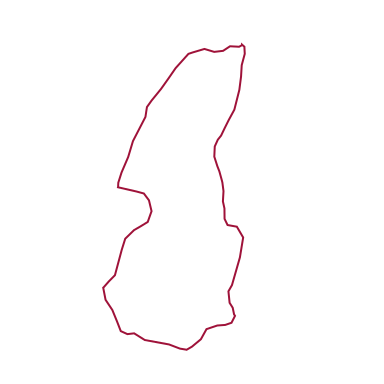 Ludvika, Dalarna, Sweden (Robinson projection), rotated 105°
{"feature_id": "70781695B24825049730842", "entity_name": "Ludvika", "entity_type": "district", "adm_level": 2, "iso_a3": "SWE", "parent_name": "Sweden", "parent_adm1": "Dalarna", "projection": "robinson", "projection_center": [14.755, 60.218], "detail": "fine", "context": "isolated", "style": "outline", "palette": "rose", "viewbox_px": 384, "rotation_deg": 105, "n_neighbors": 0, "source": "geoboundaries", "source_scale": "gbopen_adm2", "svg_char_len": 1157}
<svg xmlns="http://www.w3.org/2000/svg" viewBox="0 0 384 384"><g transform="rotate(105 192 192)"><path d="M36.8,181.7L37.1,181.6L39.5,184.1L41.4,193.0L47.6,198.5L50.9,206.8L50.6,217.0L57.1,227.6L59.5,231.2L76.6,239.9L88.1,244.0L100.5,248.6L114.1,254.7L121.6,257.5L125.4,257.1L131.5,256.4L158.1,262.2L174.7,262.7L191.4,265.1L202.1,265.6L206.2,264.7L206.6,264.7L205.9,245.8L205.9,238.1L211.2,231.4L221.0,226.1L232.4,227.0L238.5,232.8L243.8,238.1L254.4,244.4L265.8,244.9L279.4,244.9L292.3,244.9L299.9,249.2L306.8,252.6L307.4,253.0L318.5,247.6L326.6,238.4L336.6,230.8L344.8,224.8L346.0,217.6L343.5,211.3L347.2,199.3L345.2,174.7L346.4,163.1L345.8,157.1L345.8,156.4L341.4,152.0L331.9,145.3L320.7,142.5L314.4,133.0L311.8,125.5L308.1,120.0L300.5,118.4L299.3,119.7L293.3,122.7L289.3,127.0L278.5,131.1L271.6,129.3L242.8,128.8L222.7,130.8L213.9,139.7L214.7,149.1L209.5,153.6L199.5,156.4L193.1,159.7L183.0,161.8L175.0,165.1L173.0,166.2L165.0,170.9L160.5,174.2L152.1,179.6L142.1,181.8L134.8,180.6L130.0,178.5L122.0,177.0L113.2,175.2L101.5,172.4L81.1,172.7L67.8,174.5L56.6,176.8L44.9,176.8L38.1,179.0L36.8,181.7Z" fill="none" stroke="#9f1239" stroke-width="2"/></g></svg>